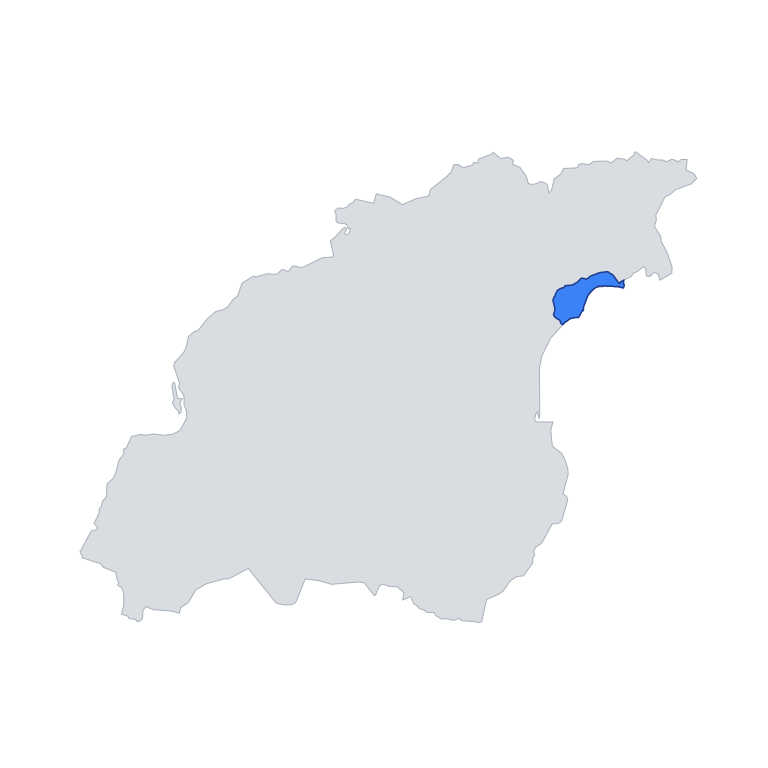 Gilan on a map of Iran (Robinson projection), rotated 103°
{"feature_id": "IRN-3240", "entity_name": "Gilan", "entity_type": "Province", "adm_level": 1, "iso_a3": "IRN", "parent_name": "Iran", "parent_adm1": "", "projection": "robinson", "projection_center": [49.412, 37.503], "detail": "fine", "context": "in_parent", "style": "filled", "palette": "blue", "viewbox_px": 768, "rotation_deg": 103, "n_neighbors": 0, "source": "natural_earth", "source_scale": "10m", "svg_char_len": 5092}
<svg xmlns="http://www.w3.org/2000/svg" viewBox="0 0 768 768"><g transform="rotate(103 384 384)"><path d="M383.0,210.8L391.1,211.2L405.8,206.3L407.1,205.2L411.4,195.5L416.4,191.1L425.1,185.9L430.8,184.2L450.9,184.9L452.3,181.0L455.7,178.9L477.5,180.1L480.9,183.1L482.4,188.6L500.7,193.7L504.5,195.3L509.1,199.5L512.7,200.5L517.4,198.7L520.4,200.0L525.1,198.8L539.5,204.9L541.6,211.1L544.3,214.0L547.5,216.6L558.9,221.4L562.4,224.2L570.9,235.6L593.6,235.4L595.2,237.9L595.2,242.8L597.2,254.6L595.6,258.9L598.7,262.7L598.6,270.0L600.0,275.2L597.7,282.2L595.2,283.6L596.9,289.9L594.8,296.0L595.2,298.3L591.8,303.5L591.7,305.4L585.2,310.2L590.2,317.2L583.0,317.7L578.6,325.2L580.1,334.1L579.1,338.7L579.9,341.3L581.8,343.0L591.7,344.8L592.1,346.0L582.0,358.9L582.6,364.0L591.0,390.3L590.2,403.4L591.7,416.9L616.8,420.9L619.8,424.3L621.8,431.8L621.9,437.4L621.3,440.3L594.3,474.7L609.0,491.8L609.7,495.6L618.7,512.3L627.0,521.0L641.1,525.6L647.6,531.9L653.4,531.7L653.1,540.2L655.8,558.0L654.3,566.2L659.3,567.8L666.8,566.6L669.6,568.2L671.1,571.1L669.3,572.8L669.8,579.8L667.9,581.3L667.2,587.9L656.0,588.1L645.6,591.0L641.8,593.5L639.8,598.2L636.3,597.8L635.3,599.6L627.9,602.9L625.6,616.4L622.9,619.6L621.2,639.0L619.6,639.2L616.0,642.5L593.1,636.2L590.7,631.5L588.4,630.7L585.1,635.1L573.7,632.6L569.8,633.3L567.4,632.0L561.3,631.9L556.4,629.1L544.0,631.4L536.4,626.5L528.3,625.2L518.3,625.2L510.2,621.7L506.0,623.1L504.0,620.5L491.9,618.2L487.9,609.5L487.7,605.2L484.6,597.7L483.4,586.8L480.6,578.9L475.3,572.4L461.5,568.5L454.4,570.5L449.1,574.2L440.3,576.3L433.6,583.6L429.7,583.1L413.7,593.0L410.2,592.9L398.1,586.2L392.7,585.0L381.8,585.2L375.7,580.8L374.1,577.5L359.8,570.5L351.0,564.1L348.3,558.1L344.4,553.8L335.8,550.2L331.0,546.4L317.7,545.0L308.3,535.6L308.2,532.5L302.7,522.2L301.7,514.6L300.4,512.6L295.8,509.5L295.1,507.5L296.0,502.7L290.0,499.8L289.1,497.5L289.2,490.1L274.8,472.4L271.9,462.7L269.2,462.3L256.4,468.6L252.7,465.1L241.4,458.8L239.9,456.5L242.7,455.3L245.5,456.4L247.2,455.1L246.5,453.0L243.7,451.7L239.9,451.8L240.9,453.8L237.3,455.6L236.6,458.1L237.4,465.4L235.9,467.5L230.0,468.7L226.2,471.0L222.9,468.3L221.9,463.0L219.8,459.6L216.7,458.3L214.3,455.0L210.4,453.2L210.3,434.7L200.5,434.3L200.5,420.2L205.1,406.3L195.7,393.8L191.6,384.1L189.0,382.4L184.2,382.6L167.9,369.7L162.3,366.3L154.4,365.3L153.5,360.7L155.5,355.7L151.9,349.1L150.7,347.2L147.6,346.4L147.8,342.3L143.6,342.5L135.9,331.1L133.7,329.5L138.1,320.9L135.1,313.9L137.0,308.0L141.0,308.3L142.3,300.3L149.5,292.2L155.8,288.7L156.5,286.3L155.3,281.9L151.4,276.5L152.0,271.8L153.3,269.5L159.9,267.0L160.2,266.0L157.1,264.4L145.7,264.3L139.5,258.9L133.6,257.5L130.3,245.5L129.3,244.1L126.6,243.7L124.9,241.5L124.0,233.5L120.0,229.9L116.9,218.1L116.7,215.2L117.8,212.7L111.5,207.6L110.8,199.7L112.1,197.9L104.9,192.2L101.6,191.9L101.3,190.9L106.4,178.7L108.5,175.9L104.1,174.1L104.2,168.1L103.1,163.1L103.7,158.3L100.8,154.8L100.1,152.7L101.2,147.4L98.4,144.8L96.9,139.2L107.5,137.7L109.5,129.1L113.4,125.5L119.9,129.6L129.0,143.6L134.6,147.6L138.6,152.3L158.5,157.1L162.8,155.6L169.6,155.9L178.3,147.3L182.3,146.2L192.4,137.6L205.0,129.7L211.4,128.5L220.7,138.5L215.4,141.5L214.4,144.0L215.0,146.5L219.3,149.0L219.8,151.9L218.4,153.3L212.8,154.8L211.2,157.7L217.2,162.2L220.1,166.1L223.4,167.1L228.4,173.2L236.4,172.4L238.0,187.2L242.5,199.4L251.0,204.6L273.0,208.6L275.4,210.9L279.1,217.6L284.8,222.4L301.9,231.9L320.7,236.4L333.2,236.2L379.0,225.3L383.3,225.3L376.5,228.0L379.1,229.3L385.0,229.3L386.3,228.2L386.5,226.3L383.0,210.8ZM456.6,578.3L453.9,582.6L449.7,586.1L446.4,585.0L433.7,590.2L430.3,589.9L429.8,588.3L443.8,582.2L444.5,580.6L443.6,577.4L448.1,578.7L453.1,576.1L457.3,575.4L459.3,577.2L456.6,578.3Z" fill="#d9dde1" stroke="#a8b0b8" stroke-width="1"/><path d="M229.0,173.8L230.3,173.9L231.0,173.7L231.8,173.4L232.6,172.9L233.1,172.4L233.8,172.1L234.7,172.1L236.6,172.4L236.6,175.5L236.3,176.6L236.5,177.3L236.6,179.2L237.1,180.5L237.5,184.8L238.7,188.9L238.5,189.5L238.4,190.3L238.6,191.1L238.8,191.6L239.8,193.2L239.8,193.6L239.7,193.9L239.7,194.2L240.0,195.6L240.6,196.9L242.1,199.0L244.0,200.9L246.1,202.4L250.8,204.8L253.0,205.5L264.2,206.9L265.4,206.7L266.4,206.4L267.3,206.2L268.3,206.7L268.1,206.7L267.7,206.7L267.3,206.9L269.8,207.8L273.5,208.7L274.9,209.2L275.8,210.0L275.7,211.3L276.0,211.8L276.4,213.1L276.6,213.6L277.0,214.2L277.7,216.1L278.6,217.5L279.6,218.4L281.7,220.0L283.2,221.6L283.6,221.9L284.2,222.1L286.0,223.3L285.7,224.3L284.8,225.6L283.2,226.4L282.1,227.5L281.4,230.4L279.7,233.5L278.2,234.5L274.2,234.1L271.8,234.6L271.1,234.9L270.5,235.2L265.0,238.0L263.6,238.3L260.9,237.8L260.3,237.3L259.4,237.2L257.9,237.2L253.9,236.1L252.1,234.5L250.5,232.4L250.1,231.3L250.0,230.7L247.3,229.4L245.6,223.7L244.3,221.7L241.1,218.4L236.7,215.7L236.4,214.9L236.2,213.0L236.3,211.5L236.3,210.5L235.3,209.3L233.4,207.9L231.8,206.3L227.0,199.0L224.4,191.9L224.5,190.0L225.4,188.6L225.7,186.7L226.3,185.4L232.8,177.9L233.1,177.3L232.6,176.8L231.5,176.6L230.9,176.3L230.7,175.7L230.1,174.9L229.2,174.1L229.0,173.8Z" fill="#3b82f6" stroke="#1e3a8a" stroke-width="1.5"/></g></svg>